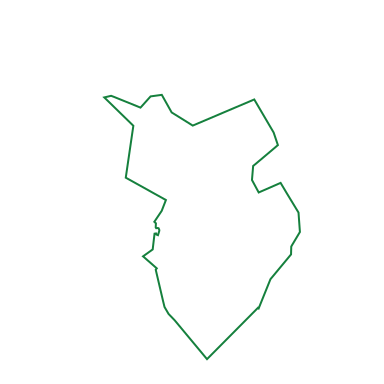 Sinkat, Red Sea, Sudan (orthographic projection), rotated 44°
{"feature_id": "16777658B46905215541980", "entity_name": "Sinkat", "entity_type": "district", "adm_level": 2, "iso_a3": "SDN", "parent_name": "Sudan", "parent_adm1": "Red Sea", "projection": "orthographic", "projection_center": [36.565, 18.905], "detail": "fine", "context": "isolated", "style": "outline", "palette": "green", "viewbox_px": 384, "rotation_deg": 44, "n_neighbors": 0, "source": "geoboundaries", "source_scale": "gbopen_adm2", "svg_char_len": 791}
<svg xmlns="http://www.w3.org/2000/svg" viewBox="0 0 384 384"><g transform="rotate(44 192 192)"><path d="M63.2,184.9L103.8,185.1L134.4,227.7L178.8,215.9L183.3,226.6L185.6,239.6L187.8,239.6L190.5,242.7L191.4,242.9L192.5,241.6L193.2,241.3L195.0,242.1L195.7,243.1L197.5,246.7L196.0,247.3L194.9,246.8L194.0,248.0L199.1,254.7L203.6,260.6L201.5,272.3L219.7,271.4L219.9,273.1L246.4,290.2L252.1,293.8L259.9,296.0L268.4,296.3L318.9,301.8L319.9,229.4L320.8,229.4L309.0,200.2L306.6,168.1L301.3,162.3L300.9,160.8L297.4,145.8L282.9,132.8L261.2,127.1L249.4,123.9L240.3,146.0L226.8,141.7L217.9,130.8L219.5,115.6L221.2,98.6L209.4,92.5L172.5,82.2L146.4,143.7L122.1,148.9L102.8,143.1L95.8,152.0L96.3,165.9L96.3,167.1L70.0,177.7L67.0,179.0L63.2,184.9Z" fill="none" stroke="#15803d" stroke-width="2"/></g></svg>